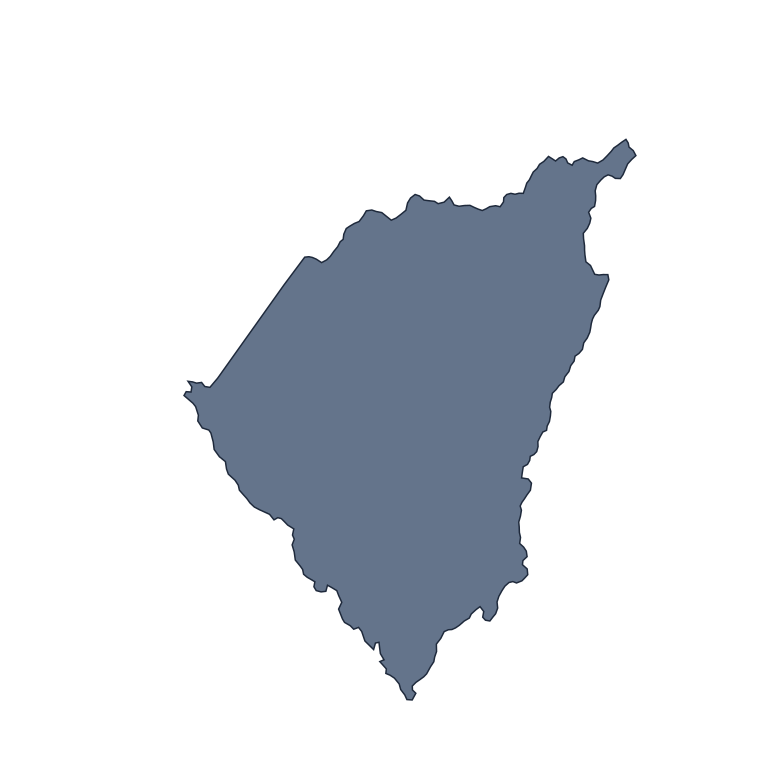 outline of Urandi, Bahia, Brazil, rotated 15°
{"feature_id": "56859067B88876690482253", "entity_name": "Urandi", "entity_type": "district", "adm_level": 2, "iso_a3": "BRA", "parent_name": "Brazil", "parent_adm1": "Bahia", "projection": "natural_earth1", "projection_center": [-42.654, -14.73], "detail": "fine", "context": "isolated", "style": "filled", "palette": "slate", "viewbox_px": 768, "rotation_deg": 15, "n_neighbors": 0, "source": "geoboundaries", "source_scale": "gbopen_adm2", "svg_char_len": 3858}
<svg xmlns="http://www.w3.org/2000/svg" viewBox="0 0 768 768"><g transform="rotate(15 384 384)"><path d="M566.9,513.7L564.7,508.6L561.1,505.4L556.3,502.9L555.6,496.9L553.2,492.4L551.6,487.1L549.9,482.5L550.0,476.2L549.4,470.3L547.1,466.6L547.9,462.5L549.4,458.5L550.7,454.4L552.9,448.7L552.1,441.6L547.9,438.4L541.2,439.1L540.6,434.5L539.9,427.9L543.4,424.5L544.5,420.1L544.0,416.0L547.0,413.4L549.0,409.8L549.0,404.6L547.5,399.8L548.5,394.4L549.8,389.3L553.0,386.7L552.5,382.4L553.5,377.4L553.0,371.7L552.2,367.3L550.0,363.6L549.3,358.6L549.5,353.8L549.0,349.4L551.7,344.8L553.5,340.3L556.7,335.6L556.8,330.2L559.4,324.1L559.6,318.0L561.7,312.7L561.3,307.7L564.4,304.0L566.7,299.2L566.3,292.5L568.4,287.0L569.4,280.7L569.1,276.5L568.6,272.0L568.6,267.3L569.4,263.3L571.9,257.3L572.5,253.4L571.6,246.8L572.3,240.0L573.1,233.1L574.2,225.2L571.9,220.4L567.3,221.6L563.4,223.1L559.1,223.5L556.3,220.2L552.8,216.1L547.4,213.7L544.6,207.1L543.1,202.8L541.9,198.5L539.2,192.1L537.5,186.8L540.1,181.1L541.1,175.3L540.9,170.3L537.2,165.1L538.8,160.7L541.4,158.0L540.9,152.0L539.8,147.5L538.0,142.8L538.0,136.4L540.6,131.0L543.1,126.9L546.3,124.0L550.5,124.2L554.2,125.5L559.1,124.4L560.7,119.9L562.4,108.3L565.2,102.9L568.2,98.2L564.4,94.1L559.3,91.7L557.5,88.0L554.4,85.1L550.9,89.1L547.9,93.0L544.9,96.5L543.3,100.4L540.3,106.1L537.5,111.0L533.2,115.3L528.2,115.1L523.7,115.5L517.4,114.2L514.2,117.0L510.2,119.9L509.1,124.0L504.2,122.9L501.5,119.5L498.0,118.1L494.7,120.3L492.0,124.2L488.5,123.0L484.0,121.6L480.8,127.6L477.4,131.5L476.1,136.2L473.3,140.6L472.4,144.9L471.6,149.1L469.9,153.0L469.7,157.6L469.2,163.8L465.0,164.8L461.5,166.8L457.2,167.0L453.5,169.2L451.5,172.9L452.3,177.2L450.3,182.7L445.7,182.9L440.3,185.3L437.3,188.3L434.0,191.0L429.7,190.7L425.6,190.1L420.8,189.2L415.5,190.8L410.5,192.9L405.3,192.9L402.1,189.5L398.8,186.6L395.0,192.8L389.6,195.8L385.5,194.5L380.3,195.3L375.1,196.0L369.7,193.2L365.0,192.9L361.5,197.5L359.9,203.0L360.2,210.5L356.7,215.4L352.8,220.5L348.6,223.9L343.4,221.6L337.5,219.0L331.9,219.4L327.2,219.1L322.1,221.3L320.6,226.8L317.9,233.5L313.8,236.6L309.9,240.6L307.3,243.6L306.4,249.7L307.1,254.9L304.9,257.8L303.7,263.4L301.2,268.9L299.1,274.6L296.5,279.0L292.3,282.9L286.2,280.9L282.0,280.3L278.5,280.5L274.6,282.0L261.9,313.8L221.8,421.5L216.7,432.3L211.5,432.8L207.4,429.7L202.7,431.7L198.6,431.5L194.0,432.1L199.1,436.5L199.7,441.7L194.9,442.6L193.8,446.9L204.4,452.0L207.9,454.6L212.8,462.2L213.7,467.9L219.9,473.5L226.7,473.8L229.5,476.2L234.0,484.1L236.9,491.2L243.9,496.9L250.9,500.0L253.9,506.9L257.0,511.4L265.0,515.5L269.4,519.4L271.8,524.0L277.7,527.9L281.1,530.1L285.4,533.6L290.6,536.4L296.4,537.7L307.2,539.5L312.9,543.7L316.0,540.6L319.7,540.6L323.2,542.6L327.5,545.2L334.4,547.3L334.7,553.6L337.5,557.1L336.9,563.2L340.7,569.4L343.9,577.0L350.0,581.4L353.4,584.2L355.6,588.6L359.7,590.5L368.4,592.9L368.8,598.0L372.0,601.1L377.0,601.1L381.5,599.3L381.5,593.0L386.0,594.1L391.9,595.8L395.0,600.1L399.7,605.8L398.4,613.2L401.0,616.7L404.7,621.7L407.6,624.5L414.0,626.2L418.2,628.7L422.4,625.7L426.5,628.8L432.1,637.2L442.7,643.2L442.8,636.4L446.0,634.8L448.1,640.1L450.3,645.4L455.4,650.4L451.8,653.2L460.0,658.6L460.7,663.1L465.2,663.7L470.2,665.4L476.3,669.8L479.2,674.8L484.5,678.9L487.8,682.9L493.0,681.9L494.8,674.5L490.7,672.2L489.5,668.4L492.1,663.9L495.4,660.0L498.2,656.5L500.2,652.9L502.1,645.1L504.0,639.4L503.6,634.6L504.0,628.8L501.9,621.7L504.7,615.0L506.2,607.6L509.8,604.7L513.1,603.6L516.2,601.1L519.2,597.6L522.9,592.1L527.0,588.0L527.8,583.6L531.3,578.1L534.4,574.2L539.2,577.9L539.7,583.7L543.1,585.9L547.6,585.5L549.6,580.7L551.3,577.0L551.8,571.0L549.6,565.3L549.9,559.3L551.4,553.2L553.1,548.0L556.1,543.4L559.6,541.5L563.5,541.9L568.2,538.4L570.3,534.7L572.2,531.0L570.2,525.6L564.5,522.7L563.9,518.6L566.9,513.7Z" fill="#64748b" stroke="#1e293b" stroke-width="1.5"/></g></svg>